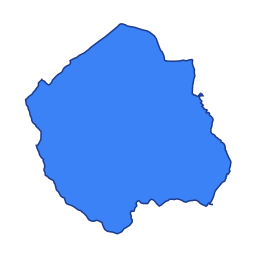 Ostra, Suceava, Romania, rotated 355°
{"feature_id": "2599482B94281064097265", "entity_name": "Ostra", "entity_type": "district", "adm_level": 2, "iso_a3": "ROU", "parent_name": "Romania", "parent_adm1": "Suceava", "projection": "orthographic", "projection_center": [25.755, 47.362], "detail": "fine", "context": "isolated", "style": "filled", "palette": "blue", "viewbox_px": 256, "rotation_deg": 355, "n_neighbors": 0, "source": "geoboundaries", "source_scale": "gbopen_adm2", "svg_char_len": 5785}
<svg xmlns="http://www.w3.org/2000/svg" viewBox="0 0 256 256"><g transform="rotate(355 128 128)"><path d="M206.0,211.6L203.9,211.2L203.1,210.9L202.9,210.4L203.0,210.0L204.1,209.0L205.5,207.0L206.7,204.7L208.2,201.3L208.6,200.0L209.1,198.8L210.7,196.9L217.2,190.3L218.2,189.8L219.6,189.5L220.1,188.7L220.2,188.0L221.1,187.0L221.3,186.6L221.3,186.1L221.3,185.6L221.3,185.1L221.7,184.8L221.8,184.4L222.2,184.2L222.1,183.6L222.4,183.3L222.4,182.9L222.8,182.3L223.1,182.3L223.7,182.6L224.1,182.6L224.2,182.4L224.2,181.9L225.4,180.6L225.6,180.2L225.9,179.8L225.6,179.4L225.3,178.9L225.6,177.3L226.6,175.0L226.7,174.4L227.1,172.8L227.5,171.2L227.5,170.3L226.3,167.3L225.7,166.4L225.7,166.0L225.6,165.4L225.4,165.2L225.3,164.6L224.9,163.7L224.6,162.8L224.4,162.2L224.1,161.7L224.0,159.7L223.6,159.2L223.1,159.0L223.1,158.4L223.1,157.9L222.9,157.4L223.1,156.8L223.0,156.0L223.1,155.6L223.0,154.0L222.6,153.0L222.1,152.0L221.3,151.2L220.4,150.5L219.9,150.3L219.4,150.0L219.4,149.7L219.6,149.0L219.4,148.4L218.8,147.9L217.8,147.4L216.6,146.2L216.2,145.6L214.5,144.4L213.9,142.9L212.6,141.8L211.1,141.1L210.3,139.7L210.4,137.6L210.4,136.2L211.5,134.0L212.0,132.1L212.3,130.1L213.2,128.3L213.5,126.9L213.2,125.8L211.9,123.8L210.3,122.2L210.2,121.6L210.5,120.9L210.1,120.1L209.6,119.6L208.6,119.9L207.8,119.8L207.1,119.0L207.3,118.5L208.2,117.9L208.4,117.1L207.9,116.6L205.5,115.9L205.4,115.0L204.9,114.5L203.6,113.0L204.3,112.6L204.5,112.3L204.8,112.2L204.7,111.5L204.3,111.3L203.9,110.8L203.6,110.2L202.6,109.4L203.2,108.8L203.9,108.0L203.8,107.4L202.9,106.4L202.4,106.2L202.2,105.1L201.8,103.7L201.8,103.3L202.2,102.7L202.9,102.3L204.8,102.4L205.5,102.4L204.8,100.9L204.4,100.6L204.1,100.5L203.7,100.3L203.4,99.8L203.1,99.8L202.8,100.0L202.9,100.5L202.2,101.0L201.9,101.1L201.4,101.5L201.0,102.7L198.9,102.0L197.6,101.0L196.1,100.8L195.8,99.9L195.0,99.4L195.3,97.1L196.1,91.4L197.9,84.8L199.1,82.2L198.9,78.1L199.3,75.6L198.8,74.0L198.0,71.3L197.7,68.8L198.3,66.2L197.9,65.5L196.9,65.3L195.9,65.4L193.6,65.8L191.9,66.2L189.2,65.3L187.2,65.4L184.7,65.8L182.4,65.6L179.2,65.5L173.1,64.8L170.6,64.0L170.2,62.9L170.3,61.6L169.9,58.8L168.7,55.2L167.4,54.0L166.1,49.9L163.9,41.5L162.2,38.4L160.8,37.2L158.1,34.6L155.4,32.9L150.7,31.4L143.5,28.3L135.9,26.3L135.4,25.6L134.5,25.1L133.5,24.8L132.5,24.1L130.0,23.6L128.5,24.2L126.5,26.0L113.5,35.0L105.9,39.5L98.2,44.3L96.1,46.0L90.9,49.4L85.8,51.4L82.4,53.6L81.5,53.6L80.2,54.1L77.9,55.1L76.1,55.8L76.4,57.2L76.2,58.8L74.9,60.0L72.4,60.8L70.0,62.2L68.5,64.0L67.5,65.9L66.6,66.8L63.0,68.6L60.2,70.8L56.9,73.8L56.4,75.0L55.5,76.2L54.6,77.1L53.5,77.9L52.5,78.2L52.0,77.8L49.6,75.4L49.4,74.7L48.6,73.9L47.8,73.6L46.8,73.0L46.4,72.1L45.4,73.1L42.8,75.1L42.5,77.1L42.1,78.7L40.3,80.4L38.2,83.0L36.8,84.0L36.0,85.4L34.8,86.3L32.2,87.9L31.0,88.8L29.7,90.2L28.5,90.6L28.5,91.2L28.5,91.3L28.5,92.3L28.6,93.0L28.8,96.1L29.2,96.9L30.2,98.0L30.2,99.1L30.3,100.0L30.3,100.4L31.1,102.3L31.4,103.8L31.5,104.6L31.6,105.2L31.6,106.2L31.6,106.7L32.6,109.3L32.7,110.0L32.9,112.5L33.8,114.4L34.6,115.3L36.2,116.8L36.3,117.1L36.4,117.8L36.6,118.4L37.8,119.7L39.7,122.0L40.1,122.7L40.3,123.0L40.7,123.3L41.0,123.7L41.0,125.0L40.3,131.3L39.7,132.6L38.5,134.6L36.9,136.9L36.0,137.4L35.4,137.3L35.1,137.3L35.4,138.6L35.6,139.8L36.0,141.2L36.5,142.8L37.1,144.1L37.5,146.9L38.8,149.4L39.6,150.6L40.3,151.3L41.1,151.6L41.1,151.9L41.0,152.4L40.6,153.1L40.7,153.8L41.1,155.3L41.5,156.2L41.7,157.0L41.7,157.6L41.5,158.1L41.7,158.6L41.8,159.2L41.7,159.6L40.9,161.1L40.9,161.6L40.6,162.5L41.0,163.9L41.3,164.6L41.5,165.5L41.5,167.0L41.6,168.1L43.4,169.0L43.8,169.4L44.4,170.5L45.0,171.1L45.8,171.6L46.8,172.5L48.1,173.2L49.0,173.8L49.2,174.1L49.3,174.5L49.5,175.6L49.7,175.8L49.7,176.2L49.8,176.5L50.1,177.2L50.4,177.3L50.6,177.7L50.7,179.3L50.7,179.5L50.8,179.7L50.8,180.5L50.9,180.9L51.1,181.3L51.0,181.9L51.2,182.9L51.9,184.2L53.0,185.3L54.4,188.3L54.9,189.7L56.8,191.4L58.4,192.1L59.0,194.5L59.5,196.9L60.0,197.6L60.3,198.0L60.7,198.3L65.6,200.6L67.8,202.2L69.2,203.4L70.8,204.9L72.4,205.8L73.9,206.2L74.6,207.4L75.7,208.2L77.5,210.2L78.9,212.1L80.2,214.6L81.2,216.2L82.9,217.2L84.5,217.7L85.7,217.9L87.2,217.6L88.5,217.2L89.2,217.3L91.3,218.3L93.1,219.5L93.9,220.0L94.5,223.0L95.4,225.6L96.1,227.1L98.0,228.8L99.4,229.4L103.7,230.4L106.9,231.9L108.3,232.4L112.8,230.8L115.1,228.1L117.9,226.8L121.2,225.1L123.9,222.2L124.1,220.8L124.2,219.7L123.6,219.0L123.2,218.3L123.3,217.4L123.6,216.2L123.4,214.9L122.9,214.1L122.8,213.2L123.3,212.5L123.7,211.2L124.0,211.1L125.0,211.4L126.7,211.4L127.4,209.9L128.1,207.9L129.0,207.3L129.7,206.6L130.0,206.1L129.9,205.3L129.5,204.9L129.5,204.0L129.9,202.8L131.2,201.7L132.2,201.4L133.0,201.9L134.3,203.6L136.3,204.5L138.3,204.7L140.5,205.0L141.3,204.7L142.9,202.6L144.2,201.4L144.9,201.0L146.7,201.7L148.2,203.0L150.1,206.1L152.3,208.5L154.6,207.5L156.9,205.9L158.5,204.8L159.1,204.5L160.5,203.9L161.3,203.9L161.7,203.8L162.1,203.5L162.7,203.0L163.1,202.8L163.7,202.7L165.3,202.7L166.6,203.0L167.4,203.3L167.7,203.3L168.4,203.1L169.0,203.1L169.6,202.9L170.2,202.9L170.9,203.0L171.7,203.3L172.5,203.4L172.8,203.5L173.3,203.8L173.9,204.0L174.7,204.5L175.6,204.8L176.6,205.8L177.7,206.5L178.1,206.6L179.1,206.7L179.3,206.9L179.5,206.9L179.6,206.7L180.0,206.7L180.3,206.7L180.5,206.6L181.8,206.1L182.3,206.0L182.8,205.9L183.0,205.9L183.6,205.9L185.3,205.8L186.5,205.9L187.5,205.6L188.0,205.6L188.7,205.9L189.5,205.9L189.9,206.1L190.3,206.2L190.6,206.6L191.8,207.5L192.5,208.2L192.7,208.6L193.3,209.3L194.0,209.7L194.5,210.2L194.9,210.5L196.2,211.1L196.7,211.5L197.2,211.7L198.8,212.7L199.1,212.7L199.5,212.5L200.1,211.9L200.5,211.5L200.7,210.9L201.0,210.5L201.7,209.8L202.2,209.9L202.5,210.0L202.5,210.4L202.5,210.8L202.7,211.0L203.1,211.0L203.5,211.2L204.0,211.3L204.6,211.6L206.0,211.6Z" fill="#3b82f6" stroke="#1e3a8a" stroke-width="1.5"/></g></svg>